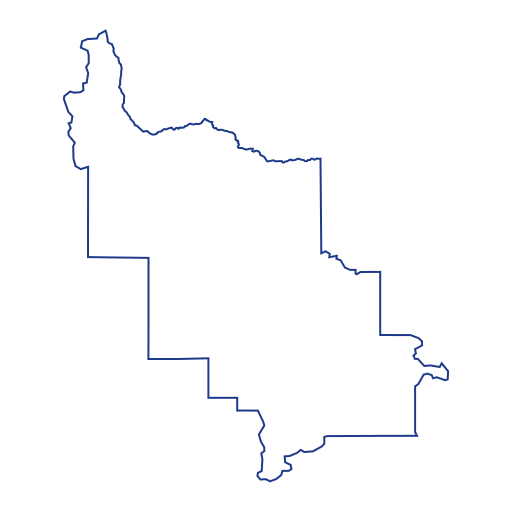 outline of Lewis and Clark, Montana, United States of America
{"feature_id": "52423323B49943042609192", "entity_name": "Lewis and Clark", "entity_type": "district", "adm_level": 2, "iso_a3": "USA", "parent_name": "United States of America", "parent_adm1": "Montana", "projection": "natural_earth1", "projection_center": [-112.477, 47.184], "detail": "fine", "context": "isolated", "style": "outline", "palette": "blue", "viewbox_px": 512, "rotation_deg": 0, "n_neighbors": 0, "source": "geoboundaries", "source_scale": "gbopen_adm2", "svg_char_len": 3689}
<svg xmlns="http://www.w3.org/2000/svg" viewBox="0 0 512 512"><path d="M68.7,135.4L74.8,142.7L73.2,146.4L73.5,158.7L75.5,166.1L80.8,169.1L88.1,166.8L88.0,257.1L148.5,257.9L148.5,327.4L148.4,359.0L177.8,359.0L208.4,358.3L208.4,397.8L237.2,397.8L237.2,410.5L257.9,410.6L263.2,421.7L264.3,425.5L258.9,434.5L261.0,441.8L264.2,447.2L264.3,451.1L261.3,453.3L262.4,459.3L261.7,471.0L257.9,472.9L257.4,475.9L260.4,479.5L265.8,479.2L270.1,481.3L276.1,479.1L281.2,475.1L282.4,470.9L288.6,470.9L291.4,469.1L290.6,464.8L285.2,462.3L284.6,456.4L289.6,456.0L297.0,452.9L300.8,449.9L304.2,452.0L312.8,451.4L321.9,446.4L324.3,443.7L324.3,436.9L327.5,436.1L374.2,435.9L381.0,435.9L417.0,435.8L415.1,432.1L415.1,386.4L418.4,384.0L423.6,374.7L427.2,373.6L431.7,375.1L433.0,378.2L436.9,377.3L445.2,380.2L447.7,379.3L448.1,371.2L441.7,363.3L439.7,367.0L430.2,365.4L424.3,366.0L417.7,358.8L415.0,358.9L413.5,355.6L415.9,353.4L415.0,349.2L422.1,345.3L422.0,341.3L418.5,338.1L410.6,335.1L380.2,335.0L380.2,271.9L360.5,272.0L356.8,274.2L355.6,273.6L355.6,269.9L350.1,269.9L345.0,267.6L340.5,260.2L336.4,258.8L336.8,255.8L329.3,257.2L329.7,253.8L325.6,251.3L321.3,253.3L320.5,158.7L319.5,158.9L316.9,158.4L315.8,159.3L314.2,159.7L313.3,158.8L311.3,158.7L310.0,160.0L307.8,160.1L307.2,161.0L306.0,161.2L304.7,161.0L303.6,160.0L301.3,159.7L299.2,159.0L298.1,158.7L297.0,159.0L296.0,159.7L294.0,160.2L291.8,160.3L290.9,159.5L288.9,160.2L287.5,161.2L285.1,161.6L283.8,162.6L282.5,162.3L281.9,161.1L279.8,161.1L277.8,161.2L275.5,161.3L273.6,160.3L270.8,160.8L268.9,161.2L267.1,161.4L266.5,160.3L265.5,158.8L264.2,156.8L262.0,155.7L260.4,155.0L259.8,152.9L258.6,151.3L256.4,150.7L255.0,151.0L254.0,151.7L252.3,151.1L252.6,149.9L252.8,148.8L250.8,148.6L249.1,148.9L246.3,149.6L244.3,149.0L242.4,148.1L240.0,148.0L238.7,148.0L237.8,146.7L238.5,145.7L238.9,144.3L237.9,142.7L238.4,141.6L237.7,140.5L236.8,140.7L235.3,139.2L235.8,137.6L235.2,136.2L234.8,134.3L232.9,133.1L232.1,132.3L230.4,132.3L228.7,131.8L227.0,131.1L224.7,130.8L222.4,129.9L220.2,129.7L218.9,130.2L217.4,129.6L216.8,129.0L216.1,128.0L215.0,128.4L214.0,127.9L212.9,126.8L213.2,125.6L212.1,124.4L212.1,122.9L212.2,122.0L210.4,121.9L209.3,121.5L207.6,120.4L207.0,120.5L206.5,120.2L206.3,119.4L204.9,118.9L204.1,119.3L203.5,120.5L202.1,121.6L201.9,122.6L201.1,123.2L199.4,123.9L197.2,124.0L195.3,123.9L193.6,124.5L192.3,124.3L190.6,123.7L188.6,124.3L187.5,125.3L186.4,126.1L184.8,126.1L183.9,127.5L181.8,127.8L180.6,127.5L179.3,127.7L179.3,128.4L178.4,128.8L177.6,128.1L176.9,127.8L176.2,128.0L175.2,128.6L175.0,129.2L174.0,129.8L173.0,129.2L172.4,128.4L171.4,127.6L170.1,128.0L168.2,128.5L166.3,129.4L164.3,129.0L162.6,130.1L161.5,131.3L159.5,131.8L158.4,132.0L157.4,132.5L157.0,133.6L155.0,134.4L152.5,134.6L149.7,133.3L147.4,131.1L145.5,131.2L143.4,131.7L141.5,130.2L139.8,128.4L138.4,127.3L137.2,125.8L134.9,125.3L134.1,123.0L132.1,120.5L130.5,119.0L129.8,116.7L128.2,115.0L126.7,112.4L125.4,111.4L124.2,109.8L123.4,108.2L122.6,107.1L122.7,104.4L124.0,102.8L124.0,99.6L124.1,97.3L124.2,95.8L123.2,94.0L121.8,92.5L120.7,89.3L119.0,87.0L120.1,84.5L120.2,82.4L120.1,80.4L120.5,78.3L120.7,77.0L121.2,74.5L121.1,72.8L121.3,70.5L121.7,68.4L121.2,66.2L120.9,64.5L119.2,62.8L119.1,61.6L118.6,60.3L118.5,58.0L116.3,56.4L115.0,55.0L114.3,53.6L113.4,50.8L113.8,48.9L113.1,47.1L112.0,44.2L109.5,43.3L107.8,41.8L107.5,38.7L106.6,34.1L105.8,31.1L105.6,30.7L98.9,34.3L97.0,38.5L87.5,39.1L82.2,41.2L80.8,47.6L87.6,50.7L88.7,55.0L88.7,63.3L86.1,67.2L88.2,73.3L86.7,82.6L83.0,83.5L83.4,90.3L80.3,92.2L74.0,92.7L70.2,91.5L64.3,96.1L63.9,99.1L68.3,111.8L72.4,116.3L71.4,122.6L68.7,123.2L70.7,128.2L68.3,131.9L68.7,135.4Z" fill="none" stroke="#1e3a8a" stroke-width="2"/></svg>